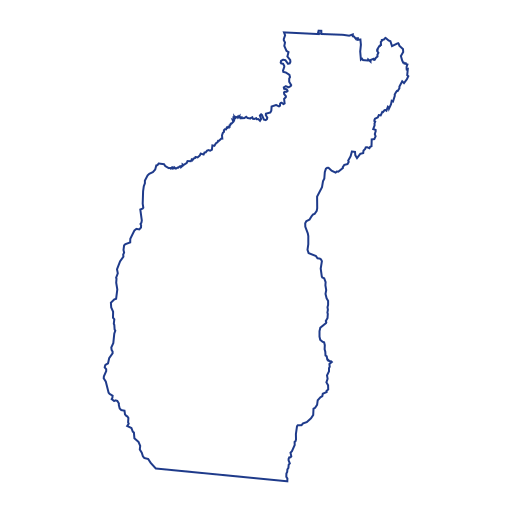 outline of Tierralta, Córdoba, Colombia
{"feature_id": "7082276B15762794727081", "entity_name": "Tierralta", "entity_type": "district", "adm_level": 2, "iso_a3": "COL", "parent_name": "Colombia", "parent_adm1": "Córdoba", "projection": "natural_earth1", "projection_center": [-76.048, 7.85], "detail": "fine", "context": "isolated", "style": "outline", "palette": "blue", "viewbox_px": 512, "rotation_deg": 0, "n_neighbors": 0, "source": "geoboundaries", "source_scale": "gbopen_adm2", "svg_char_len": 5993}
<svg xmlns="http://www.w3.org/2000/svg" viewBox="0 0 512 512"><path d="M108.6,392.7L109.6,393.9L112.6,395.7L112.4,397.8L111.7,399.1L114.1,401.0L115.6,400.4L117.3,400.9L118.9,403.5L118.8,404.9L119.7,408.5L121.3,410.1L124.5,410.7L125.0,414.4L126.5,416.1L127.3,416.3L128.4,418.0L128.1,422.3L128.7,423.7L127.2,426.0L131.4,428.0L132.8,431.7L133.9,432.5L134.4,438.3L138.5,441.9L140.2,445.9L139.8,449.5L141.8,452.8L142.9,456.3L144.3,458.0L148.2,459.0L150.7,462.9L155.8,468.5L287.3,481.3L287.4,478.5L286.3,476.8L286.4,473.5L287.2,471.9L287.4,469.4L288.4,467.9L288.7,464.7L289.8,463.4L288.6,460.4L288.6,458.9L289.3,457.3L290.5,457.3L291.3,456.4L290.5,452.7L291.9,451.3L294.7,445.0L294.6,441.9L295.5,441.2L296.0,439.5L295.9,434.0L297.0,426.3L297.7,425.3L301.5,425.2L303.0,423.4L306.8,422.1L311.0,418.3L313.2,415.0L313.5,408.7L315.1,407.8L317.1,404.8L317.7,400.3L320.4,397.3L322.3,396.2L322.8,393.7L326.6,392.1L326.5,391.0L328.2,389.4L328.1,385.3L326.4,382.3L327.6,378.8L327.0,375.4L329.0,371.3L329.0,368.1L329.7,366.8L329.4,364.0L331.8,362.0L331.1,361.3L329.5,361.2L328.3,360.0L328.0,360.4L327.3,359.6L326.7,356.3L325.5,355.5L325.3,351.8L324.6,349.2L324.8,345.1L324.1,342.3L322.6,341.8L320.2,339.8L319.5,336.6L319.5,331.2L320.3,327.7L326.0,323.1L326.3,322.3L325.8,321.0L327.5,318.1L327.8,313.9L327.4,312.7L327.9,309.7L327.5,307.2L328.1,304.9L328.1,300.9L326.6,298.3L325.5,293.9L326.2,290.1L325.4,285.3L325.6,282.1L324.2,278.3L322.3,277.5L321.8,276.5L320.7,268.6L321.9,261.2L321.0,259.4L319.8,258.6L317.5,258.3L315.9,256.0L308.6,253.1L307.5,249.8L308.3,244.2L308.3,236.1L307.8,233.4L305.3,226.7L305.2,223.3L306.3,221.2L309.5,219.6L311.6,216.2L313.1,214.4L314.6,213.9L316.7,210.9L317.2,208.2L317.1,196.6L322.0,187.2L323.0,181.2L324.3,178.6L324.8,172.1L325.9,168.7L327.2,167.8L328.5,167.8L331.6,170.7L335.6,172.6L336.8,171.5L338.3,171.7L342.9,168.0L342.8,167.1L344.3,164.9L347.5,164.1L348.7,161.9L348.2,160.6L350.6,156.3L351.9,151.5L355.0,151.9L355.3,155.2L357.0,158.1L360.3,153.8L363.2,153.1L363.5,150.6L365.2,148.9L365.7,147.4L367.0,147.2L369.4,148.2L370.1,146.9L371.5,146.2L371.7,139.4L374.3,139.1L375.6,136.3L374.8,134.1L375.7,131.1L375.6,129.9L373.2,129.1L374.6,125.3L374.5,123.5L375.2,121.6L374.4,121.1L374.4,120.1L375.0,118.7L377.8,117.4L378.8,115.1L380.7,115.4L382.3,111.9L383.0,112.1L384.5,110.2L385.3,110.0L386.4,110.7L387.9,106.7L388.8,107.5L389.0,108.6L391.0,104.3L391.7,100.8L393.0,101.5L394.8,95.8L394.7,94.5L396.0,92.2L397.0,90.9L397.7,91.0L399.4,88.3L399.4,86.6L402.2,81.3L404.0,83.1L406.9,79.2L408.3,76.2L407.2,75.2L407.8,69.0L406.7,69.4L406.6,68.9L406.6,66.8L407.4,64.5L406.1,64.1L405.7,63.2L404.4,63.6L403.9,62.7L403.2,62.7L402.1,60.3L400.9,56.0L403.2,52.0L403.0,49.1L399.4,45.8L398.7,43.8L398.2,43.2L397.1,43.6L392.0,46.1L390.4,41.2L388.6,40.5L385.8,38.1L385.4,37.9L383.8,39.6L381.9,40.0L382.0,40.6L380.8,42.0L381.0,44.9L380.5,44.9L380.0,46.0L379.3,46.1L377.9,48.4L377.6,49.9L377.2,49.8L377.1,50.9L378.4,52.8L377.4,54.8L377.5,56.5L375.9,57.8L374.7,59.8L374.1,59.9L373.6,58.8L370.5,60.0L370.5,61.6L368.1,59.4L367.8,60.5L363.0,60.1L362.0,58.7L360.9,59.6L360.2,51.4L360.9,44.8L360.4,39.5L358.0,39.8L357.9,38.2L356.2,38.3L356.0,39.0L354.0,36.5L352.8,36.3L352.8,34.4L349.2,35.7L342.9,34.8L321.4,34.0L321.3,30.8L318.6,30.7L318.1,32.6L319.5,33.4L319.0,34.1L284.0,32.4L285.1,35.3L283.8,39.0L283.8,40.2L285.0,42.5L284.3,45.9L286.5,50.9L288.5,52.1L287.4,56.5L290.2,60.0L290.4,61.9L289.7,63.4L288.0,63.8L285.4,60.2L283.1,59.7L281.1,60.8L280.7,62.6L281.2,63.4L283.1,63.8L284.2,65.8L284.3,66.8L283.0,70.6L283.3,71.9L285.8,72.5L289.4,74.8L290.0,77.1L289.2,78.6L289.2,81.8L291.2,85.1L290.7,86.1L288.6,87.3L285.8,86.2L283.8,87.4L284.1,88.8L286.7,89.3L287.6,90.9L286.6,91.8L284.5,91.8L284.0,92.6L284.2,94.1L285.9,96.2L285.8,97.2L284.1,98.9L284.6,103.4L283.5,104.1L281.6,102.7L280.8,102.9L280.1,103.7L280.0,105.7L279.0,106.4L276.1,105.0L271.6,106.5L271.3,110.7L270.3,112.5L265.9,113.7L265.8,115.1L267.3,117.7L266.9,119.2L265.7,120.1L263.9,119.6L261.9,114.9L261.1,114.3L259.9,115.5L261.1,119.0L260.0,120.8L258.4,119.1L256.7,119.2L256.2,118.2L254.1,119.0L252.8,118.7L252.3,117.3L250.4,118.2L251.0,118.6L247.5,118.0L246.2,116.8L244.3,118.1L240.4,118.3L240.0,117.6L240.6,117.2L239.2,117.0L239.3,116.4L238.2,117.5L237.9,116.5L237.0,117.4L235.9,116.9L235.2,117.8L234.4,116.7L234.5,117.8L233.5,117.4L233.4,118.2L234.6,118.8L233.8,119.4L234.1,120.6L233.6,121.0L232.9,120.5L233.4,121.7L231.4,123.7L230.7,123.7L230.3,125.0L229.6,125.3L229.6,126.8L228.6,126.8L228.6,127.4L227.9,127.1L227.5,127.8L226.8,127.5L226.1,129.4L224.8,129.3L223.9,130.3L224.0,131.8L222.8,132.9L222.0,135.4L222.3,138.6L221.3,138.6L219.0,140.8L218.1,140.8L217.6,142.2L215.9,143.3L214.4,145.8L212.4,145.4L211.9,149.7L210.1,150.7L208.6,150.1L207.1,150.6L205.7,152.4L204.5,152.5L203.6,154.5L200.7,153.6L199.8,155.5L197.6,157.4L195.5,157.0L195.1,158.0L193.6,158.5L193.1,159.5L191.9,159.3L191.9,160.2L191.5,160.0L190.8,161.2L187.5,161.1L186.7,163.0L183.4,165.1L182.6,164.5L182.6,165.8L181.6,166.0L181.9,166.4L181.0,167.2L180.8,166.5L179.7,166.4L178.2,167.7L177.8,167.5L175.9,168.6L174.4,167.4L174.1,168.3L173.1,168.5L173.2,167.6L172.2,167.2L170.9,168.6L170.3,168.0L168.7,168.1L165.3,166.1L164.0,164.2L158.7,163.5L157.4,165.2L156.3,165.4L155.2,169.5L152.9,172.1L149.3,173.8L147.6,175.4L144.9,180.6L144.9,183.3L143.8,186.2L143.1,191.2L142.7,203.7L143.3,207.7L142.6,208.6L140.3,209.5L141.8,220.5L141.4,222.7L140.5,224.0L141.1,225.2L141.0,227.5L139.3,229.4L136.4,228.9L134.4,230.5L130.3,238.8L130.2,242.4L125.3,244.2L124.1,245.4L123.5,249.9L124.1,252.6L123.2,254.6L123.4,256.7L120.1,261.3L117.0,269.3L117.8,273.3L116.1,277.8L116.5,278.7L116.2,282.7L117.3,289.5L116.1,298.8L114.3,299.4L110.9,302.7L111.2,307.4L113.1,311.7L113.0,317.7L114.3,319.3L113.8,323.8L114.3,324.9L114.6,329.4L115.3,330.7L114.3,333.5L113.3,343.1L111.3,347.5L111.6,349.9L112.6,351.6L112.6,353.3L109.2,358.1L108.0,363.4L105.5,364.8L105.0,365.9L104.7,367.4L106.2,369.2L106.2,371.1L103.9,376.3L103.7,378.3L105.8,381.6L108.6,392.7Z" fill="none" stroke="#1e3a8a" stroke-width="2"/></svg>